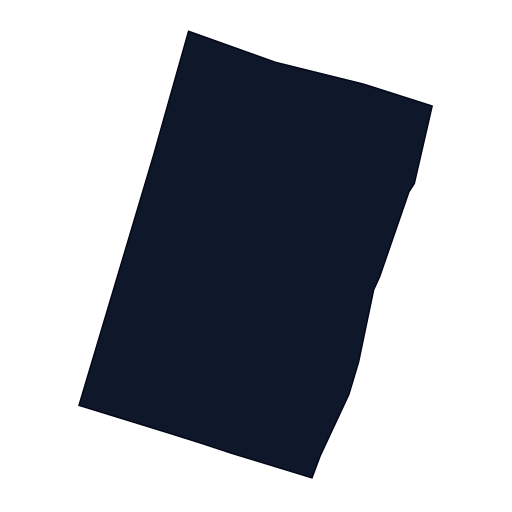 Orleans, New York, United States of America (Natural Earth projection), rotated 107°
{"feature_id": "52423323B61064757463824", "entity_name": "Orleans", "entity_type": "district", "adm_level": 2, "iso_a3": "USA", "parent_name": "United States of America", "parent_adm1": "New York", "projection": "natural_earth1", "projection_center": [-78.228, 43.253], "detail": "fine", "context": "isolated", "style": "filled", "palette": "ink", "viewbox_px": 512, "rotation_deg": 107, "n_neighbors": 0, "source": "geoboundaries", "source_scale": "gbopen_adm2", "svg_char_len": 382}
<svg xmlns="http://www.w3.org/2000/svg" viewBox="0 0 512 512"><g transform="rotate(107 256 256)"><path d="M61.1,131.4L60.2,203.2L65.1,294.1L60.8,386.2L189.8,383.4L450.6,381.6L450.8,290.7L451.1,253.7L451.8,221.9L451.8,137.6L428.5,136.2L361.2,126.7L327.4,126.9L253.9,133.6L239.7,131.7L149.9,128.5L140.3,125.8L61.1,131.4Z" fill="#0f172a" stroke="#020617" stroke-width="1.5"/></g></svg>